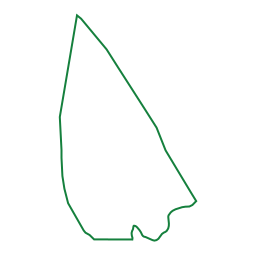 outline of Mangochi
{"feature_id": "MWI-1910", "entity_name": "Mangochi", "entity_type": "District", "adm_level": 1, "iso_a3": "MWI", "parent_name": "Malawi", "parent_adm1": "", "projection": "equal_earth", "projection_center": [35.307, -14.139], "detail": "fine", "context": "isolated", "style": "outline", "palette": "green", "viewbox_px": 256, "rotation_deg": 0, "n_neighbors": 0, "source": "natural_earth", "source_scale": "10m", "svg_char_len": 921}
<svg xmlns="http://www.w3.org/2000/svg" viewBox="0 0 256 256"><path d="M77.0,15.4L81.1,18.7L94.8,35.2L106.6,49.4L118.3,67.8L132.8,90.4L145.1,109.6L156.6,127.7L165.6,150.4L177.2,169.7L191.3,193.1L196.2,201.1L192.4,205.0L189.4,206.5L185.4,206.7L182.1,207.2L175.5,209.3L172.6,210.8L170.7,212.4L168.6,215.3L168.3,216.3L168.3,217.5L168.9,223.5L168.8,226.0L168.2,228.5L166.7,230.9L165.4,231.9L164.0,232.5L162.0,233.9L158.4,238.8L156.5,240.1L154.4,240.6L152.5,240.1L145.5,237.0L144.1,236.7L143.1,236.1L142.3,235.2L140.8,232.1L139.4,230.0L137.1,227.3L136.3,226.6L135.6,226.1L134.9,225.9L134.0,225.7L133.6,226.0L133.4,226.7L133.1,228.6L132.9,229.4L132.2,230.8L131.7,232.5L131.6,233.5L131.7,234.4L131.8,235.4L132.4,237.7L132.5,238.0L132.3,239.5L95.4,239.4L94.1,239.4L89.6,235.0L85.5,232.7L83.7,230.5L68.1,203.2L64.4,188.7L62.4,176.0L61.5,157.7L61.5,150.1L59.8,117.0L77.0,15.4Z" fill="none" stroke="#15803d" stroke-width="2"/></svg>